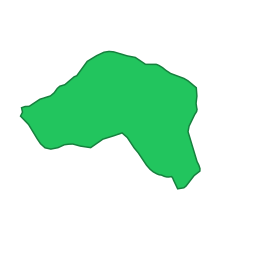 outline of Kapisa, rotated 322°
{"feature_id": "AFG-1768", "entity_name": "Kapisa", "entity_type": "Province", "adm_level": 1, "iso_a3": "AFG", "parent_name": "Afghanistan", "parent_adm1": "", "projection": "mercator", "projection_center": [69.606, 34.911], "detail": "fine", "context": "isolated", "style": "filled", "palette": "green", "viewbox_px": 256, "rotation_deg": 322, "n_neighbors": 0, "source": "natural_earth", "source_scale": "10m", "svg_char_len": 1023}
<svg xmlns="http://www.w3.org/2000/svg" viewBox="0 0 256 256"><g transform="rotate(322 128 128)"><path d="M201.9,145.3L196.8,150.5L194.5,154.5L193.9,155.8L192.1,157.3L188.7,158.5L177.3,164.1L173.0,167.9L161.7,197.0L160.9,201.0L159.7,204.3L158.1,206.2L150.8,206.2L137.9,209.5L135.2,209.5L129.7,206.5L131.8,197.1L132.4,195.2L132.4,193.1L129.8,191.6L128.3,190.3L126.8,188.4L125.4,185.7L123.8,184.1L122.5,181.9L120.9,178.1L120.0,174.1L119.7,168.8L120.8,153.8L120.6,147.6L121.6,135.1L120.3,128.2L112.1,125.4L101.3,121.3L86.5,120.5L79.3,112.9L74.7,106.7L71.4,104.3L67.5,102.0L60.7,100.4L54.2,97.1L50.4,92.5L49.4,86.6L49.8,80.8L51.8,64.1L50.6,52.5L54.6,50.6L56.6,46.5L60.1,47.7L63.5,50.1L76.3,51.1L86.7,55.0L91.5,54.8L96.7,53.3L100.0,53.1L104.9,55.0L117.1,54.5L119.8,55.3L136.9,50.4L147.9,51.7L155.7,53.5L160.2,56.0L163.6,59.2L171.8,70.7L177.2,76.9L181.0,88.6L189.6,95.4L190.9,97.8L192.4,101.8L193.3,105.8L195.1,111.2L202.6,123.4L204.3,127.7L206.6,138.3L201.9,145.3Z" fill="#22c55e" stroke="#15803d" stroke-width="1.5"/></g></svg>